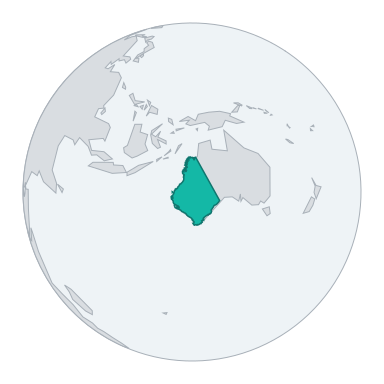 the Earth from above Western Australia, rotated 328°
{"feature_id": "AUS-2651", "entity_name": "Western Australia", "entity_type": "State", "adm_level": 1, "iso_a3": "AUS", "parent_name": "Australia", "parent_adm1": "", "projection": "orthographic", "projection_center": [121.445, -24.431], "detail": "fine", "context": "on_globe", "style": "filled", "palette": "teal", "viewbox_px": 384, "rotation_deg": 328, "n_neighbors": 0, "source": "natural_earth", "source_scale": "10m", "svg_char_len": 10872}
<svg xmlns="http://www.w3.org/2000/svg" viewBox="0 0 384 384"><g transform="rotate(328 192 192)"><circle cx="192" cy="192" r="169" fill="#eef3f6" stroke="#a8b0b8"/><path d="M330.5,199.5L330.3,200.8L330.2,200.9L330.5,199.5ZM346.0,122.4L345.6,121.6L346.0,122.4ZM249.5,33.1L249.8,33.3L252.3,34.2L255.4,35.7L253.5,36.6L244.4,31.8L244.9,31.5L249.5,33.1ZM238.5,29.6L238.1,29.5L240.0,30.1L222.8,26.5L215.1,27.2L223.3,28.5L227.3,30.2L225.7,34.6L205.8,40.2L210.9,44.5L210.4,46.9L204.3,47.7L204.8,44.0L199.6,42.2L200.8,40.3L191.1,41.0L192.4,38.4L184.2,40.7L186.1,43.0L194.1,43.0L186.5,46.7L193.2,51.7L192.6,57.7L176.9,68.3L162.9,71.9L161.8,74.2L156.9,71.8L149.3,76.7L157.5,89.8L156.9,94.0L145.1,102.7L145.1,99.5L132.2,93.0L128.9,103.5L138.7,111.2L142.0,121.8L134.1,119.0L130.9,110.0L126.3,107.5L128.1,98.3L125.5,86.3L117.6,89.8L118.8,84.8L114.0,76.7L103.0,82.0L85.1,99.2L81.7,112.9L76.0,120.8L71.5,104.6L73.6,93.1L69.4,96.1L66.9,89.8L55.2,97.6L55.8,95.5L53.1,98.7L51.7,98.9L53.6,95.4L51.7,97.9L47.3,107.2L49.6,104.7L54.7,97.2L52.8,101.5L54.5,102.9L44.4,119.5L30.8,144.1L33.3,134.6L35.0,129.7L39.7,118.8L45.2,108.3L51.4,98.3L58.3,88.7L65.9,79.5L74.1,71.0L82.9,63.0L92.2,55.7L101.9,49.0L112.2,43.1L122.8,37.9L133.8,33.4L145.0,29.7L156.5,26.8L168.2,24.7L179.9,23.5L191.8,23.0L203.6,23.4L215.4,24.7L227.0,26.7L238.5,29.6ZM31.7,138.6L30.5,144.9L29.8,147.3L30.2,148.5L36.4,136.9L35.6,140.6L30.3,161.1L25.1,195.1L28.1,210.0L31.5,224.6L33.3,240.2L38.2,250.4L39.8,257.5L43.3,263.8L47.4,273.0L52.5,283.6L55.8,291.4L52.0,286.4L49.6,282.9L43.2,272.1L37.7,260.9L33.0,249.3L29.2,237.3L26.3,225.1L24.3,212.8L23.2,200.3L23.1,187.8L23.9,175.2L25.6,162.8L28.2,150.6L31.7,138.6ZM66.1,79.3L67.6,77.7L70.8,74.3L66.1,79.3ZM74.7,70.4L74.8,70.3L74.7,70.4ZM103.4,279.3L106.9,281.0L105.2,282.1L103.4,279.3ZM37.9,210.4L44.5,239.8L42.5,243.2L38.7,236.5L33.9,219.9L35.0,211.8L34.6,203.3L37.9,210.4ZM184.8,148.7L190.1,149.8L189.9,150.6L184.8,148.7ZM179.3,145.7L185.2,146.3L178.3,147.4L179.3,145.7ZM187.6,146.5L193.6,145.5L196.3,144.5L195.8,146.1L187.6,146.5ZM175.3,145.6L153.9,145.4L145.5,143.7L147.4,140.8L160.9,141.1L175.3,145.6ZM146.7,140.7L134.2,133.9L117.9,114.9L123.7,114.3L140.9,125.1L139.8,127.5L147.4,132.9L146.7,140.7ZM177.6,126.4L176.4,133.4L164.5,132.5L159.2,131.4L155.5,122.7L157.5,118.2L161.9,118.3L179.4,104.3L185.4,108.0L179.8,113.7L184.8,119.8L177.6,126.4ZM82.1,114.0L84.5,121.3L81.5,123.6L82.1,114.0ZM186.9,95.2L179.6,100.7L186.4,93.2L186.9,95.2ZM191.2,88.3L191.5,91.2L188.8,88.2L191.2,88.3ZM161.2,77.8L156.5,78.5L156.6,76.7L162.7,74.7L161.2,77.8ZM192.1,63.1L191.3,68.0L190.1,69.6L188.4,66.5L192.1,63.1ZM290.7,259.4L292.4,263.0L287.5,267.3L281.0,270.7L275.0,269.0L290.7,259.4ZM243.0,251.9L242.7,243.7L249.7,245.5L246.9,251.7L243.0,251.9ZM295.3,257.0L299.6,252.2L301.1,243.2L300.7,252.2L304.2,256.0L293.8,263.5L295.3,257.0ZM216.7,213.7L183.8,223.3L176.4,221.0L177.9,215.1L170.6,197.6L173.0,198.0L171.1,186.8L190.4,178.0L204.1,162.3L215.2,164.9L223.4,154.4L234.9,157.6L231.6,166.3L243.8,175.8L251.7,156.4L259.4,182.1L268.4,194.3L271.2,212.3L256.1,236.7L247.2,239.6L245.4,236.0L241.7,238.0L235.8,234.8L232.2,223.7L228.6,225.8L232.0,219.3L226.8,224.5L223.6,217.5L216.7,213.7ZM299.4,196.6L301.1,198.3L303.9,204.8L301.1,202.1L299.4,196.6ZM326.0,200.9L326.8,203.9L325.0,202.8L326.0,200.9ZM330.2,200.9L328.0,199.7L330.5,199.5L330.2,200.9ZM308.4,187.2L309.3,189.4L308.6,189.5L308.4,187.2ZM307.7,186.3L308.8,184.5L308.6,186.9L307.7,186.3ZM299.2,168.5L300.3,167.9L300.8,169.1L299.2,168.5ZM197.8,150.6L205.1,145.6L209.2,145.7L197.8,150.6ZM297.7,165.2L295.0,163.6L295.3,162.5L297.7,165.2ZM297.8,162.5L297.5,160.6L299.2,165.5L297.8,162.5ZM292.7,156.2L296.0,160.7L292.3,156.4L292.7,156.2ZM290.7,155.7L288.3,153.3L288.5,152.9L290.7,155.7ZM264.3,147.4L273.1,160.3L266.1,157.5L258.2,148.8L252.2,152.6L238.5,148.1L241.6,145.4L239.7,139.7L225.7,134.7L222.9,131.0L227.8,129.7L218.6,125.5L228.7,125.9L232.8,133.4L238.5,129.4L248.5,133.2L258.2,138.2L266.2,146.0L264.3,147.4ZM228.8,140.7L230.6,141.0L229.1,142.8L228.8,140.7ZM283.8,147.5L287.3,152.4L286.9,153.0L285.2,151.8L283.8,147.5ZM268.0,145.4L276.5,142.9L278.5,143.8L272.9,148.1L268.0,145.4ZM274.4,138.4L278.4,140.8L280.5,144.8L279.7,145.3L274.4,138.4ZM208.3,130.9L208.0,132.8L205.4,131.0L208.3,130.9ZM211.7,130.3L219.5,133.6L211.0,131.8L211.7,130.3ZM188.3,121.5L190.5,125.9L197.6,123.8L192.2,127.3L197.1,134.9L195.5,137.6L190.6,129.2L189.0,137.3L185.9,136.9L184.1,129.8L187.2,121.7L190.4,118.6L203.2,118.5L188.3,121.5ZM211.6,125.0L209.5,119.8L211.1,116.8L213.3,119.7L211.6,125.0ZM203.6,107.7L198.3,101.9L193.4,103.4L203.5,97.2L206.9,103.7L203.6,107.7ZM199.4,95.9L194.7,97.2L199.6,93.6L199.4,95.9ZM193.6,95.4L193.3,91.9L196.8,92.7L193.6,95.4ZM201.7,96.3L202.9,90.5L204.5,94.1L201.7,96.3ZM192.2,84.4L199.6,90.5L189.7,87.3L190.0,76.9L194.2,77.0L192.2,84.4ZM220.5,51.3L219.9,49.1L223.9,49.3L223.2,50.7L220.5,51.3ZM236.5,49.4L224.8,48.8L215.3,49.0L217.9,50.4L215.3,53.6L211.6,49.7L218.7,47.0L225.8,47.5L227.4,45.1L233.0,44.6L232.6,41.6L235.2,41.0L237.7,44.1L236.5,49.4ZM232.1,40.4L233.5,36.4L240.9,38.7L242.2,40.1L238.5,40.8L234.8,39.5L232.1,40.4ZM236.0,36.2L232.4,35.0L226.9,29.5L227.6,29.0L235.7,33.8L232.8,33.0L232.8,34.2L236.0,36.2Z" fill="#d9dde1" stroke="#a8b0b8" stroke-width="1"/><path d="M210.9,213.9L208.9,214.7L206.5,215.4L205.0,215.4L203.8,215.1L203.4,215.2L202.2,216.0L200.8,216.5L200.4,216.9L199.1,217.2L198.5,217.7L198.2,218.9L197.1,219.9L196.7,219.8L196.2,220.1L196.1,219.8L195.9,219.7L194.8,219.8L194.7,220.0L194.2,219.8L194.0,220.0L193.6,220.1L193.5,219.8L193.4,219.6L192.9,219.8L191.7,219.6L191.3,219.7L189.8,219.8L189.4,220.0L188.5,219.9L188.0,220.1L187.4,220.5L187.2,221.0L187.4,221.2L187.0,221.2L186.9,221.6L186.8,221.4L186.6,221.7L186.3,221.5L185.7,221.5L185.8,221.6L185.4,221.8L185.4,222.0L184.7,222.3L184.6,222.8L184.1,222.9L184.2,223.1L183.9,223.1L183.3,223.2L183.7,223.4L182.9,223.2L182.8,223.5L182.1,223.2L181.7,223.2L181.6,223.3L180.6,223.2L180.4,223.3L179.8,223.1L180.1,223.0L179.8,222.8L179.8,223.0L178.8,222.8L178.6,222.4L177.8,221.7L177.0,221.3L176.8,221.3L176.6,221.5L176.3,221.2L176.2,220.1L176.2,219.1L176.7,219.4L177.1,219.3L177.5,219.0L177.7,218.4L177.9,218.3L177.8,218.0L177.8,218.3L177.8,217.5L177.5,216.5L177.7,216.1L177.6,216.5L177.8,216.8L177.7,216.4L177.9,216.3L177.8,216.1L177.8,215.5L177.6,215.4L177.8,215.3L177.8,215.1L177.7,213.9L176.5,211.6L176.2,211.2L175.8,210.3L175.4,208.9L175.4,207.3L175.0,206.2L174.4,205.4L174.1,204.5L173.1,203.3L172.9,202.6L173.0,202.1L172.6,201.0L171.4,199.2L170.6,198.5L170.1,197.7L170.5,198.0L170.5,197.2L170.6,198.1L170.8,198.4L170.7,197.3L170.8,197.8L170.9,197.7L171.1,198.6L171.2,198.1L171.3,198.9L171.4,198.5L171.6,199.1L171.9,198.9L172.1,198.7L172.1,198.2L171.8,197.9L171.5,197.9L171.2,197.5L171.2,197.0L170.8,196.4L171.0,195.8L171.0,196.1L171.6,196.6L171.7,196.9L171.6,197.8L171.8,197.8L171.9,197.5L171.9,197.0L172.1,197.1L172.1,197.5L172.4,198.3L172.7,198.5L173.0,198.1L172.8,197.1L173.0,197.1L173.0,196.7L172.7,196.5L171.7,194.7L171.4,194.6L171.1,193.5L170.4,192.6L170.5,191.1L170.9,190.2L171.3,189.7L171.2,188.8L171.3,188.5L171.3,188.1L171.2,187.7L170.9,187.6L170.8,187.1L171.8,184.9L172.2,184.8L171.9,185.9L172.0,186.3L172.1,186.8L172.3,186.9L172.5,186.6L172.7,186.8L173.1,185.8L173.0,185.3L173.4,184.8L175.7,183.7L176.0,183.2L176.6,182.9L176.9,182.4L177.4,182.1L177.6,181.7L178.3,181.6L178.9,181.1L179.2,180.7L179.3,180.7L179.2,181.1L179.4,181.3L180.2,180.9L180.2,181.1L180.6,181.2L181.6,181.1L182.1,180.9L182.9,180.1L184.7,179.8L185.5,178.9L185.7,179.0L185.8,178.9L186.5,179.0L186.9,179.2L187.3,178.9L188.7,178.7L190.6,177.9L191.3,177.4L191.9,176.7L192.6,175.5L192.5,175.2L192.9,175.0L192.8,174.8L193.0,174.4L193.3,174.4L194.5,173.4L194.5,173.0L194.0,173.0L194.1,172.8L194.1,172.2L194.0,171.8L194.0,170.9L194.3,170.4L194.9,170.1L194.9,169.9L195.2,170.1L195.1,169.8L195.2,169.5L195.9,169.5L195.7,169.3L195.7,169.0L196.1,168.7L196.5,168.4L196.4,168.5L196.5,168.6L196.4,168.6L196.3,168.9L196.5,169.3L196.8,169.3L196.7,169.5L196.8,169.6L196.8,169.9L197.1,170.2L198.0,171.9L198.0,171.3L198.2,170.7L198.1,170.2L199.0,170.8L198.6,170.2L198.8,170.3L198.8,170.1L199.1,169.7L198.9,169.8L198.6,169.9L198.4,169.4L197.8,169.2L198.1,168.9L197.8,168.9L197.6,168.7L197.8,168.7L197.7,168.6L198.2,168.8L198.2,168.7L197.8,168.5L198.4,168.5L198.2,168.3L198.4,168.4L197.9,168.0L198.0,167.8L198.5,167.7L198.7,167.8L198.7,168.0L198.8,168.2L198.8,168.5L198.9,168.3L199.2,168.4L199.1,168.1L199.0,167.9L199.6,168.1L199.9,168.5L200.2,168.5L200.3,168.3L201.7,168.6L201.2,168.3L200.4,168.3L200.3,167.9L200.5,167.5L200.7,167.8L200.9,167.7L201.0,167.0L201.3,166.8L201.0,166.8L200.6,167.3L200.5,166.8L200.4,167.0L200.3,166.4L200.5,166.2L200.3,165.9L200.5,165.9L201.0,165.9L201.1,165.6L201.2,165.8L201.3,165.5L201.2,165.4L201.2,165.2L201.4,165.3L201.5,165.3L201.6,165.5L201.9,165.5L202.1,165.7L202.0,165.8L202.3,165.8L202.6,166.0L202.3,165.7L202.5,165.4L202.2,165.3L201.9,165.4L202.3,164.9L201.7,165.2L201.6,164.9L201.8,164.7L202.0,164.8L202.2,164.7L202.1,164.4L202.4,164.4L202.3,164.5L202.5,164.6L202.6,164.9L202.5,164.5L202.9,164.9L203.3,164.9L203.2,164.6L203.3,164.5L202.7,164.3L203.0,164.1L202.7,164.0L202.5,163.7L203.0,163.4L202.8,163.3L203.1,163.0L203.1,163.3L203.3,163.1L203.4,163.4L203.6,163.0L203.8,163.2L203.8,162.3L204.2,162.4L204.2,162.6L204.1,163.1L204.0,163.4L204.2,162.8L204.2,163.0L204.6,162.9L204.5,163.3L204.8,163.5L204.8,163.1L205.1,163.1L204.9,162.7L205.2,162.6L205.2,162.3L205.4,162.2L205.4,161.9L205.0,161.8L205.0,161.6L205.3,161.7L205.1,161.4L205.3,161.3L205.5,161.4L205.3,161.7L205.7,161.5L205.5,161.9L205.6,162.1L205.8,162.3L206.0,162.2L205.9,162.0L206.0,161.8L206.3,161.6L206.6,161.5L206.3,161.9L206.5,161.9L206.4,162.0L206.6,162.1L206.7,162.4L206.9,161.9L207.0,162.0L207.1,161.9L207.0,161.6L207.5,161.6L207.2,161.1L207.4,161.0L207.5,161.1L207.4,161.0L207.8,160.9L208.1,161.2L208.0,161.4L208.2,161.7L208.3,161.4L208.4,161.6L208.6,161.4L208.8,161.7L209.1,161.6L209.1,161.9L209.8,162.3L210.5,163.5L211.3,163.9L211.2,164.1L211.2,164.3L210.7,165.6L210.8,165.9L210.7,166.2L210.9,166.0L211.0,165.3L211.4,166.0L211.2,164.9L211.5,164.5L211.6,164.9L211.8,164.9L211.8,164.2L212.2,164.1L213.5,164.5L210.9,213.9ZM170.1,197.1L170.3,197.7L169.5,196.6L169.4,195.9L169.5,195.8L170.0,197.0L170.1,197.1ZM175.5,181.5L175.4,181.8L175.1,181.9L175.4,181.3L175.5,181.5ZM200.9,165.4L201.1,165.6L200.8,165.7L200.6,165.5L200.9,165.1L200.9,165.4ZM202.6,162.8L202.7,163.3L202.4,163.1L202.5,163.2L202.6,162.8ZM211.6,164.4L211.9,164.9L211.6,164.7L211.6,164.4ZM211.0,164.9L211.2,165.2L211.1,165.3L211.0,165.2L211.0,164.9ZM169.7,195.2L169.7,194.5L169.8,194.4L169.7,195.2ZM169.8,194.0L169.8,194.3L169.9,193.6L169.8,194.0ZM200.4,165.2L200.5,165.3L200.2,165.3L200.4,165.2ZM201.9,164.3L201.9,164.5L201.7,164.4L201.9,164.3ZM206.5,161.3L206.8,161.4L206.5,161.4L206.5,161.3ZM177.0,214.6L177.3,214.6L177.0,214.6ZM177.6,215.0L177.6,215.3L177.6,215.2L177.6,215.0Z" fill="#14b8a6" stroke="#0f766e" stroke-width="1.5"/></g></svg>